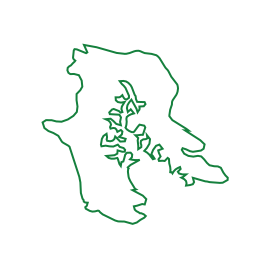 Quinara, Albers equal-area conic projection, rotated 252°
{"feature_id": "GNB-773", "entity_name": "Quinara", "entity_type": "Region", "adm_level": 1, "iso_a3": "GNB", "parent_name": "Guinea-Bissau", "parent_adm1": "", "projection": "albers", "projection_center": [-15.226, 11.637], "detail": "fine", "context": "isolated", "style": "outline", "palette": "green", "viewbox_px": 256, "rotation_deg": 252, "n_neighbors": 0, "source": "natural_earth", "source_scale": "10m", "svg_char_len": 4429}
<svg xmlns="http://www.w3.org/2000/svg" viewBox="0 0 256 256"><g transform="rotate(252 128 128)"><path d="M67.2,116.6L67.5,113.1L59.1,121.2L54.7,123.4L50.1,120.3L51.3,118.0L51.3,112.5L51.7,109.4L48.3,109.2L46.3,110.3L44.8,111.8L43.1,113.1L43.0,114.0L41.1,116.3L38.8,117.7L37.7,115.8L36.8,111.4L35.4,107.2L35.4,102.8L40.1,95.7L42.2,89.8L44.0,87.2L53.6,77.3L56.5,75.4L58.1,74.8L58.7,73.9L58.9,70.9L59.5,68.3L61.0,66.0L64.3,62.9L65.9,62.9L66.6,64.6L67.4,65.3L68.3,65.8L69.4,66.6L70.4,64.2L71.7,63.2L73.2,63.5L74.8,62.9L80.7,63.1L91.0,65.9L96.7,66.6L128.3,66.6L129.7,65.7L134.0,61.8L135.4,60.9L142.1,59.3L146.3,55.5L149.7,51.4L153.8,48.5L159.7,48.5L160.8,52.5L159.0,57.8L156.4,61.9L154.5,66.8L154.7,73.4L156.4,79.8L159.1,84.3L164.0,86.6L170.5,87.7L176.2,89.6L178.7,94.3L181.4,97.3L187.4,98.6L193.4,97.6L196.1,93.3L196.1,93.2L197.1,89.8L198.9,88.4L201.6,88.2L203.9,89.3L204.8,91.1L205.2,93.1L206.6,95.5L207.6,97.7L208.3,98.7L209.7,97.8L210.9,97.4L212.0,97.5L218.5,100.4L219.5,101.5L218.6,103.6L212.1,111.3L212.5,112.7L220.6,111.8L214.5,123.1L202.9,140.4L199.5,147.9L199.1,149.4L198.8,152.7L199.0,157.5L198.9,159.1L198.6,160.6L198.2,161.9L197.6,162.9L196.8,163.9L195.7,165.1L194.1,167.0L191.2,173.3L188.4,177.5L186.8,178.6L184.6,179.6L174.7,182.0L173.4,182.4L170.9,183.6L169.5,184.0L163.4,185.0L154.1,188.3L152.3,188.2L150.2,187.8L147.3,186.4L145.8,185.3L144.6,184.2L140.6,179.1L139.7,178.3L138.8,177.8L136.7,177.0L132.4,173.8L127.8,171.5L126.5,171.0L121.8,172.6L109.2,183.2L106.8,184.9L108.1,181.5L94.0,193.0L88.8,195.8L84.9,193.5L84.0,190.4L85.3,182.4L86.8,179.8L89.8,176.6L91.9,173.7L90.6,172.4L86.2,173.5L82.8,176.8L80.6,181.3L79.9,185.9L78.3,188.9L74.5,190.8L70.4,192.3L67.4,194.0L65.0,198.1L63.7,201.6L61.5,204.0L56.2,204.9L52.8,206.0L49.9,207.5L47.8,206.7L46.7,201.2L47.4,198.4L51.3,188.9L52.6,186.8L53.4,185.0L60.6,174.3L56.1,174.1L54.5,172.3L54.6,169.3L55.3,165.4L57.3,166.6L59.6,166.8L61.9,165.7L64.3,163.4L64.4,165.1L65.9,169.0L67.0,165.5L68.9,162.5L71.0,161.9L72.8,165.4L74.8,165.4L74.5,162.8L73.9,160.4L72.7,158.2L71.1,156.3L72.3,156.1L72.5,155.8L72.4,155.4L72.9,154.5L75.2,155.5L78.0,156.1L81.6,156.3L85.9,157.4L87.3,156.5L85.3,152.7L86.2,150.7L87.1,147.3L88.8,147.3L90.9,150.2L94.5,149.7L97.4,149.8L97.6,154.5L102.5,152.7L102.4,149.2L99.4,145.1L95.7,142.0L94.6,142.6L93.7,143.0L90.6,143.8L90.6,142.0L96.2,140.0L98.8,138.5L101.2,136.4L103.1,139.7L106.4,143.5L110.6,145.5L115.3,143.8L112.2,143.3L111.9,141.5L112.5,139.0L111.8,136.4L109.7,135.4L107.6,135.4L105.7,134.7L104.7,131.2L107.7,132.2L113.3,133.4L115.3,134.6L118.8,132.8L118.2,134.6L117.5,138.3L116.9,140.0L123.2,144.6L125.2,144.2L127.6,140.0L126.2,137.7L123.0,133.3L122.3,132.0L123.0,130.2L124.8,128.2L127.0,126.5L129.1,125.7L129.7,126.3L131.6,127.5L134.4,128.7L137.2,129.3L138.8,130.2L139.7,132.4L140.1,135.3L140.0,138.2L144.9,136.4L144.4,135.5L143.8,133.7L143.3,132.8L147.2,133.1L149.8,134.5L151.9,136.9L153.9,140.0L143.7,142.0L140.0,142.0L141.2,143.4L141.8,144.4L142.7,145.0L144.9,145.5L143.8,149.7L145.3,152.0L147.5,151.8L150.0,144.8L153.0,144.5L156.0,145.1L157.4,144.6L165.5,144.2L167.9,143.7L170.8,142.3L172.9,140.5L174.2,138.1L175.1,134.6L171.8,135.7L169.5,137.0L166.9,138.0L158.3,138.9L156.4,138.2L155.6,135.5L156.1,134.3L157.4,133.5L159.2,133.0L161.0,132.8L160.0,130.5L159.9,129.1L161.0,125.7L158.1,125.0L155.8,126.4L154.3,129.2L153.8,132.8L150.3,128.8L148.1,127.6L144.9,127.6L144.9,125.7L146.8,124.7L150.5,120.3L150.5,118.5L148.6,115.0L146.8,115.0L143.3,123.9L140.3,124.6L136.4,122.4L132.8,122.1L135.5,118.1L139.1,116.3L142.2,114.3L143.3,109.4L141.2,111.7L138.8,112.9L136.4,112.9L134.4,111.2L132.8,111.2L132.6,113.9L131.8,115.6L130.2,116.5L127.6,116.7L128.3,120.6L126.4,121.6L123.8,120.2L122.3,116.7L118.4,122.4L116.3,120.9L117.5,116.4L123.9,113.2L121.6,111.5L120.7,109.4L120.9,106.9L122.3,104.2L123.9,104.2L125.0,104.9L126.0,105.3L129.1,105.8L128.0,102.2L125.7,99.8L120.5,97.1L118.8,97.1L118.1,101.3L116.3,104.7L114.9,108.3L115.3,113.2L112.6,114.3L110.3,117.6L108.1,118.5L106.5,117.6L107.2,115.2L109.9,111.2L106.9,109.9L106.3,106.7L108.1,98.8L105.6,100.3L104.0,102.6L103.1,105.4L102.8,108.6L101.8,108.8L96.4,108.7L94.1,109.4L97.6,111.2L97.6,113.2L100.5,115.2L103.5,117.1L104.8,119.4L103.7,122.9L101.5,123.8L99.0,122.7L97.6,120.3L96.4,122.4L95.4,124.6L94.6,126.9L94.1,129.3L92.1,119.1L90.6,115.6L89.3,116.0L89.2,115.6L86.4,114.4L81.6,113.5L80.2,113.4L76.7,113.8L68.0,115.9L67.2,116.6L67.2,116.6Z" fill="none" stroke="#15803d" stroke-width="2"/></g></svg>